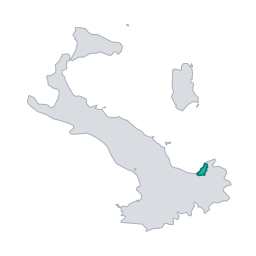 Italy, with Savona highlighted, rotated 175°
{"feature_id": "ITA-5368", "entity_name": "Savona", "entity_type": "Province", "adm_level": 1, "iso_a3": "ITA", "parent_name": "Italy", "parent_adm1": "", "projection": "robinson", "projection_center": [8.236, 44.237], "detail": "fine", "context": "in_parent", "style": "filled", "palette": "teal", "viewbox_px": 256, "rotation_deg": 175, "n_neighbors": 0, "source": "natural_earth", "source_scale": "10m", "svg_char_len": 4739}
<svg xmlns="http://www.w3.org/2000/svg" viewBox="0 0 256 256"><g transform="rotate(175 128 128)"><path d="M36.7,46.4L38.4,47.3L45.0,45.4L48.9,46.5L52.2,44.6L54.4,41.8L53.9,39.6L59.1,36.1L59.7,40.1L62.6,42.8L65.4,43.4L64.8,45.0L67.6,48.3L68.7,48.0L69.1,47.4L68.4,44.7L72.3,39.3L72.5,35.5L73.2,35.1L75.1,35.4L76.8,38.9L83.3,37.8L85.6,40.4L86.6,39.9L84.9,35.4L85.6,33.1L87.4,32.6L88.6,33.7L91.1,34.0L91.2,32.7L90.6,31.8L91.4,27.8L95.2,28.2L97.4,29.6L100.0,29.5L102.2,26.4L104.0,25.6L112.4,25.4L118.6,23.5L119.1,23.9L118.1,25.4L118.4,26.4L122.3,31.0L143.3,34.6L143.0,35.8L138.6,38.7L138.3,39.8L139.0,40.7L142.4,41.4L140.1,44.2L140.2,45.2L142.0,45.4L141.8,48.7L144.0,49.7L146.6,52.6L144.1,53.1L145.1,52.4L142.5,49.5L140.0,50.7L135.8,49.5L133.0,52.2L123.5,55.5L125.1,54.0L124.4,54.0L121.0,56.0L120.3,60.0L123.0,64.0L125.2,65.5L124.3,67.9L123.0,68.9L121.3,68.2L120.8,70.4L121.9,76.3L123.4,80.4L128.3,85.0L131.8,86.5L142.6,93.5L146.7,101.4L150.3,111.3L153.2,115.0L159.2,120.2L164.7,124.1L169.7,126.5L182.7,126.4L186.0,127.2L186.5,128.9L185.9,130.0L182.1,132.8L182.0,135.0L183.9,136.5L192.9,140.6L202.1,144.0L208.4,148.5L216.5,152.2L222.9,157.9L225.2,160.9L225.8,163.3L224.4,167.3L223.6,169.0L219.1,166.6L215.3,159.7L207.5,158.5L205.2,157.3L203.8,155.3L201.4,155.0L199.7,156.2L195.7,162.6L193.6,168.2L193.5,170.5L194.8,172.7L198.6,173.9L203.6,177.9L203.9,182.9L204.8,185.7L203.6,187.3L201.1,186.9L197.9,187.9L195.7,189.7L194.8,191.4L194.7,197.6L190.4,200.9L186.9,207.1L181.3,207.1L179.9,205.2L179.8,202.4L180.7,200.6L182.7,199.8L184.0,196.1L183.5,193.5L184.3,192.3L188.7,190.5L188.8,186.8L187.1,185.2L185.5,178.5L179.6,165.6L177.8,164.3L173.0,164.0L167.2,160.6L166.8,159.1L167.7,157.8L167.0,155.9L165.1,152.7L163.9,151.9L156.9,153.3L158.8,150.7L156.2,149.0L151.9,149.0L151.9,147.9L148.7,142.6L146.5,140.5L138.5,139.4L135.9,140.3L131.9,137.0L128.3,135.8L119.0,126.3L114.6,123.5L111.7,119.4L106.1,116.6L103.6,117.3L103.0,116.8L104.3,116.0L104.0,114.4L100.2,110.3L98.0,109.0L96.4,106.3L93.2,105.7L93.3,100.9L92.1,97.6L90.0,94.7L88.7,87.9L87.7,86.0L85.5,84.5L80.3,82.9L73.2,78.5L64.7,76.4L61.2,78.0L52.4,87.4L44.1,89.6L43.9,87.6L47.1,83.2L46.4,81.6L41.3,82.1L34.5,78.2L33.6,74.6L35.5,71.3L36.7,70.5L36.1,68.3L32.0,66.4L30.3,63.5L30.2,62.5L31.3,61.9L33.7,62.1L37.5,60.0L38.6,57.2L33.0,50.1L33.2,48.6L36.7,46.4ZM125.0,86.9L125.2,85.1L123.5,86.2L124.0,87.1L125.0,86.9ZM179.6,200.5L173.2,210.3L171.1,216.9L171.5,219.4L173.4,221.2L172.5,221.9L174.6,225.1L174.6,225.9L171.7,229.4L171.7,232.5L166.1,232.1L161.4,230.3L159.1,226.7L157.2,225.2L155.2,224.1L151.3,224.1L149.5,223.4L138.8,216.5L134.6,214.6L129.9,214.1L127.9,212.6L126.4,209.6L128.2,204.8L131.2,202.2L134.1,205.2L136.5,204.2L136.6,203.3L138.3,202.1L140.5,202.0L148.9,206.3L153.3,205.1L157.2,205.6L160.9,205.0L165.6,202.5L171.1,202.8L177.3,200.0L179.6,200.5ZM79.1,147.6L82.0,155.3L79.4,160.0L80.5,165.0L78.2,182.3L76.9,182.8L69.8,180.8L69.2,184.8L68.3,186.4L66.9,187.4L63.0,187.1L59.2,181.5L58.8,175.9L59.6,174.2L59.7,171.0L61.2,170.8L61.3,168.6L60.4,167.4L59.0,167.0L59.0,164.6L60.0,162.7L60.0,159.5L58.1,155.3L55.4,152.3L55.9,147.0L58.2,148.3L61.7,148.3L65.8,146.3L72.4,140.1L73.3,141.2L76.2,142.2L78.8,144.9L77.8,146.6L79.1,147.6ZM91.3,107.9L91.9,109.1L91.7,110.8L90.4,109.8L87.0,110.2L86.7,109.4L90.7,108.6L91.3,107.9ZM60.2,184.3L59.2,186.3L58.2,183.6L58.3,183.3L60.2,184.3ZM57.9,143.2L56.4,145.4L55.6,145.3L57.5,142.8L57.9,143.2ZM120.2,231.1L118.4,230.6L118.3,229.7L119.8,229.8L120.2,231.1ZM150.6,150.5L149.0,151.1L149.0,150.0L150.6,150.5Z" fill="#d9dde1" stroke="#a8b0b8" stroke-width="1"/><path d="M62.5,77.2L61.9,77.6L61.6,77.7L61.4,77.7L61.0,78.1L59.8,78.8L59.5,79.2L59.6,79.6L59.4,79.8L59.3,80.1L59.1,80.3L58.9,80.6L58.9,80.8L58.9,81.0L58.7,81.3L58.3,81.4L57.4,81.7L56.9,81.9L56.7,82.1L56.5,82.3L56.1,82.8L56.0,83.0L56.0,83.3L56.0,83.5L55.9,83.8L55.8,84.0L55.0,84.8L54.8,85.3L55.0,85.7L55.0,85.8L54.6,85.9L54.4,86.1L54.1,85.6L53.8,85.3L52.8,85.2L52.3,84.9L52.2,84.5L52.9,83.6L52.8,83.2L52.3,82.5L52.3,82.4L52.1,82.2L52.1,81.9L52.2,81.7L52.3,81.6L52.6,81.6L52.8,81.7L53.0,81.7L53.4,81.4L53.6,81.2L53.6,80.8L53.6,80.7L53.4,80.5L53.4,80.4L53.5,80.2L53.5,79.9L53.4,79.8L53.5,79.6L53.6,79.1L53.5,78.9L53.4,78.8L53.4,78.7L53.5,78.7L53.8,78.5L53.9,78.4L54.0,78.3L54.1,78.2L54.5,77.9L54.6,77.7L54.7,77.3L54.9,77.0L55.0,76.9L55.4,76.7L55.5,76.6L55.6,76.4L55.7,76.2L55.7,75.8L55.5,75.7L55.5,75.4L55.5,75.2L55.7,74.8L55.8,74.6L56.1,74.2L56.3,74.2L56.5,74.3L56.6,74.5L57.0,74.7L57.2,74.8L57.3,74.9L57.7,75.0L57.8,75.1L58.0,75.3L58.1,75.2L58.3,75.1L58.5,75.0L58.5,74.9L58.6,74.7L58.8,74.6L59.0,74.5L59.3,74.6L59.6,74.6L60.0,74.5L61.4,74.5L62.0,75.0L62.4,75.0L62.8,75.1L63.1,75.8L62.9,75.9L61.8,76.4L61.9,76.7L62.1,77.0L62.3,77.2L62.5,77.2Z" fill="#14b8a6" stroke="#0f766e" stroke-width="1.5"/></g></svg>